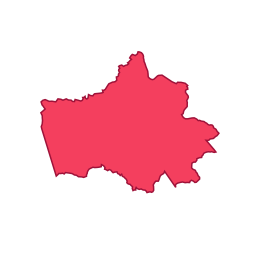 Lagoa do Tocantins, Tocantins, Brazil (Natural Earth projection), rotated 115°
{"feature_id": "56859067B37733524281013", "entity_name": "Lagoa do Tocantins", "entity_type": "district", "adm_level": 2, "iso_a3": "BRA", "parent_name": "Brazil", "parent_adm1": "Tocantins", "projection": "natural_earth1", "projection_center": [-47.496, -10.345], "detail": "fine", "context": "isolated", "style": "filled", "palette": "rose", "viewbox_px": 256, "rotation_deg": 115, "n_neighbors": 0, "source": "geoboundaries", "source_scale": "gbopen_adm2", "svg_char_len": 3495}
<svg xmlns="http://www.w3.org/2000/svg" viewBox="0 0 256 256"><g transform="rotate(115 128 128)"><path d="M201.9,172.7L199.7,171.8L198.5,171.5L197.6,169.6L196.6,168.1L196.6,166.4L194.8,165.8L194.4,164.4L193.7,162.3L192.9,159.3L193.2,156.7L192.6,154.7L193.1,152.4L191.8,149.1L191.5,147.3L189.3,145.2L188.0,145.8L186.4,145.8L185.1,146.2L183.3,146.2L181.5,145.8L179.8,144.4L178.4,143.2L177.9,141.4L176.7,139.2L175.6,137.5L174.4,135.9L172.4,136.6L172.5,134.2L173.6,132.1L175.2,131.8L175.0,130.3L175.2,128.4L173.6,127.5L173.5,125.7L174.3,124.1L174.8,122.6L173.6,121.4L172.4,119.4L173.6,118.2L173.6,116.2L174.3,115.0L172.6,114.2L174.1,112.7L174.2,110.5L174.8,109.4L175.2,107.9L176.4,106.4L178.1,105.9L178.6,104.2L178.2,102.3L178.8,100.9L179.3,99.1L181.0,98.6L182.6,97.0L181.5,96.1L180.9,94.8L179.5,95.5L178.4,95.5L179.0,94.1L178.9,91.9L177.7,90.3L177.8,88.2L177.1,86.2L177.5,84.9L178.5,83.5L177.2,82.0L176.5,81.0L176.3,79.5L175.3,78.6L173.6,78.4L171.8,79.3L170.1,80.2L169.0,81.0L167.6,81.0L166.2,80.8L164.5,80.4L163.3,78.0L161.4,78.1L159.3,78.4L158.1,78.5L156.6,78.1L154.1,76.4L151.8,76.5L161.6,59.7L159.6,60.9L158.2,60.6L156.9,59.6L155.2,57.6L153.9,55.8L153.4,53.1L152.4,51.5L151.4,49.1L150.2,49.3L148.6,48.5L148.5,46.3L149.1,44.4L148.3,43.2L146.3,42.4L144.0,41.5L142.4,42.3L141.6,44.3L139.7,46.3L139.2,47.7L137.9,49.1L137.9,51.9L137.2,53.5L135.0,54.4L132.9,55.2L131.2,54.1L130.4,52.5L128.2,52.0L126.7,52.6L124.7,50.7L123.6,48.8L122.0,49.1L120.7,48.6L119.1,48.7L117.9,47.9L116.5,46.5L115.4,44.8L115.0,43.4L114.1,42.2L113.7,39.6L112.6,38.2L111.4,40.5L106.1,52.0L105.5,50.4L104.5,49.3L103.3,49.0L101.5,46.3L100.4,45.7L98.8,45.1L97.4,44.1L95.4,43.6L94.3,43.4L93.4,45.8L92.0,47.7L91.6,50.6L90.5,51.3L89.8,52.7L90.1,54.2L91.0,55.4L91.0,57.2L90.4,58.7L90.4,60.1L90.0,61.9L90.8,64.6L90.8,66.3L91.6,67.5L90.9,69.5L90.8,72.1L91.7,74.0L93.5,76.5L94.4,77.7L95.4,79.9L95.2,81.8L94.5,83.3L93.2,85.1L91.7,84.1L89.5,84.6L88.1,84.7L85.7,84.1L84.4,83.6L83.2,83.5L82.1,84.1L79.7,85.1L78.4,86.3L76.0,86.2L74.6,86.3L73.5,87.1L72.7,88.6L71.4,90.9L69.9,91.6L68.6,91.4L67.6,90.2L66.1,91.1L65.5,92.3L64.3,91.8L63.8,93.3L63.3,95.1L64.2,99.2L65.0,100.9L65.5,102.3L67.4,103.0L67.5,107.6L65.7,119.5L67.4,122.5L68.4,123.3L69.9,123.9L72.8,125.1L73.8,126.2L74.1,127.8L73.9,129.5L73.1,131.3L70.5,132.7L68.1,134.2L66.4,136.0L64.5,138.0L63.1,139.2L61.9,140.4L60.9,141.6L59.6,142.3L57.9,143.7L56.6,144.2L55.6,145.0L54.7,146.2L54.1,147.7L54.2,149.6L54.7,151.1L56.9,150.8L59.3,152.1L59.3,153.7L59.5,155.2L61.6,155.9L63.8,156.1L64.3,153.9L66.4,154.8L67.9,155.2L69.0,155.9L69.5,154.6L71.1,155.3L72.4,156.9L74.0,158.0L73.6,160.3L75.0,161.9L76.1,162.5L77.4,160.7L78.7,161.1L80.0,160.7L81.2,159.1L83.2,159.4L84.7,158.7L85.8,159.1L86.7,160.1L89.4,158.4L91.3,159.1L92.3,160.3L92.9,161.4L94.6,162.8L95.9,164.0L97.5,164.3L100.0,164.6L102.5,164.9L104.1,165.8L104.5,167.1L106.3,165.6L107.2,166.5L108.4,168.2L109.6,170.2L110.4,171.6L111.2,172.8L112.5,173.3L113.7,173.4L114.4,175.6L114.4,177.9L115.7,177.5L117.0,177.1L118.3,177.0L119.2,177.8L119.0,179.1L117.5,180.3L118.8,180.8L119.5,182.0L120.5,181.0L122.4,181.2L123.5,182.2L123.9,184.9L124.5,188.0L126.6,187.7L127.4,189.5L126.8,191.3L127.8,193.8L127.7,196.3L130.3,198.7L130.3,200.9L131.2,203.8L134.8,204.5L135.8,208.1L137.2,210.9L137.2,212.9L137.3,215.1L138.9,216.9L141.1,217.8L143.4,215.6L144.1,214.1L144.9,212.8L145.8,211.1L148.1,212.1L151.0,213.4L153.1,210.9L154.8,210.1L157.4,208.6L160.8,207.4L163.4,207.2L165.4,205.6L201.9,172.7Z" fill="#f43f5e" stroke="#9f1239" stroke-width="1.5"/></g></svg>